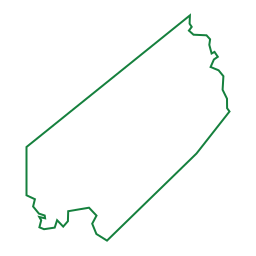 outline of Trinity, Texas, United States of America
{"feature_id": "52423323B67589001499387", "entity_name": "Trinity", "entity_type": "district", "adm_level": 2, "iso_a3": "USA", "parent_name": "United States of America", "parent_adm1": "Texas", "projection": "orthographic", "projection_center": [-95.135, 31.106], "detail": "fine", "context": "isolated", "style": "outline", "palette": "green", "viewbox_px": 256, "rotation_deg": 0, "n_neighbors": 0, "source": "geoboundaries", "source_scale": "gbopen_adm2", "svg_char_len": 593}
<svg xmlns="http://www.w3.org/2000/svg" viewBox="0 0 256 256"><path d="M26.5,147.0L26.5,195.3L34.9,199.2L33.1,206.5L38.9,213.6L44.7,215.5L45.1,218.3L39.3,217.0L41.2,220.3L39.4,227.3L44.0,229.2L54.7,227.6L57.1,220.2L63.2,226.6L67.9,221.2L68.2,211.2L89.0,207.7L96.5,215.6L92.2,223.7L96.4,234.0L107.0,240.6L196.5,153.5L229.5,111.5L227.1,108.2L227.0,98.7L222.6,89.8L223.4,76.2L218.6,70.3L210.6,67.0L213.9,59.5L217.8,56.8L214.5,51.9L211.6,53.5L209.3,44.8L210.1,39.3L206.5,35.3L193.5,34.7L188.9,30.6L191.7,26.9L189.6,23.7L189.9,15.4L26.5,147.0Z" fill="none" stroke="#15803d" stroke-width="2"/></svg>